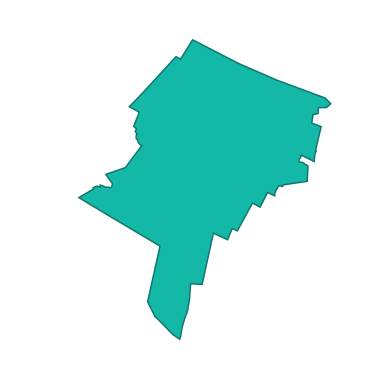 outline of Dochia, Neamt, Romania, rotated 203°
{"feature_id": "2599482B13040618624692", "entity_name": "Dochia", "entity_type": "district", "adm_level": 2, "iso_a3": "ROU", "parent_name": "Romania", "parent_adm1": "Neamt", "projection": "orthographic", "projection_center": [26.567, 46.923], "detail": "fine", "context": "isolated", "style": "filled", "palette": "teal", "viewbox_px": 384, "rotation_deg": 203, "n_neighbors": 0, "source": "geoboundaries", "source_scale": "gbopen_adm2", "svg_char_len": 1699}
<svg xmlns="http://www.w3.org/2000/svg" viewBox="0 0 384 384"><g transform="rotate(203 192 192)"><path d="M98.5,302.6L108.8,302.3L110.7,310.6L110.4,310.8L106.6,313.5L108.6,319.0L101.1,322.4L98.8,327.5L106.2,330.5L157.3,328.1L198.9,328.5L250.9,332.3L254.3,310.8L254.4,309.9L259.6,310.3L276.5,262.9L283.0,246.0L271.7,244.8L271.3,229.5L268.0,228.6L267.8,225.4L265.2,224.0L265.6,222.8L264.9,221.0L264.5,219.7L262.7,218.7L262.0,218.2L261.1,217.1L260.1,216.1L258.3,215.2L256.3,215.3L262.9,188.4L278.2,174.6L269.0,168.9L268.5,168.4L268.3,167.7L268.0,166.1L268.2,165.0L268.8,164.1L271.3,163.5L273.8,162.6L275.2,162.8L279.2,162.6L278.6,160.5L281.2,160.5L282.7,159.5L284.7,157.1L284.0,156.2L293.9,142.6L256.6,137.3L200.3,129.7L190.0,73.7L177.3,62.8L176.3,62.6L173.4,61.5L159.2,55.5L153.6,53.2L145.8,51.7L145.8,51.8L145.8,52.0L146.0,53.5L146.2,55.3L146.9,58.3L148.0,62.4L148.6,66.6L149.2,72.4L149.5,76.8L149.4,78.2L149.9,82.1L150.8,85.3L151.7,89.6L152.2,91.7L153.6,95.9L154.4,98.0L155.7,101.9L156.6,104.6L157.3,107.0L157.2,107.1L146.6,110.9L156.2,162.4L140.6,162.0L140.7,174.0L135.1,174.0L131.9,205.5L125.1,204.8L123.4,204.6L122.4,219.0L122.2,221.1L116.2,220.8L114.3,220.7L114.5,221.3L115.2,222.7L115.3,227.6L115.0,228.5L114.6,230.9L114.1,231.9L113.0,232.2L111.7,232.3L110.9,232.4L110.7,233.9L110.8,234.2L90.1,246.9L95.5,261.3L96.1,261.4L97.0,261.8L97.9,261.7L98.4,261.5L98.9,261.4L99.4,261.7L100.3,262.2L101.5,262.5L102.1,262.4L103.2,261.8L104.1,261.6L105.3,261.9L105.7,262.6L106.1,263.7L106.1,264.6L105.6,265.7L105.7,268.7L91.5,267.8L92.7,271.7L93.3,272.8L93.3,273.7L93.8,276.5L93.5,277.6L93.6,278.1L94.0,278.5L94.5,278.5L98.6,302.1L98.5,302.6Z" fill="#14b8a6" stroke="#0f766e" stroke-width="1.5"/></g></svg>